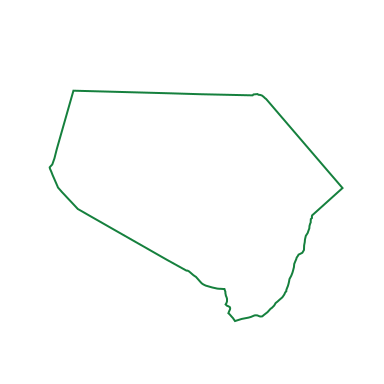 Budalangi, Western, Kenya (Robinson projection), rotated 106°
{"feature_id": "3690345B63864240127702", "entity_name": "Budalangi", "entity_type": "district", "adm_level": 2, "iso_a3": "KEN", "parent_name": "Kenya", "parent_adm1": "Western", "projection": "robinson", "projection_center": [34.038, 0.077], "detail": "fine", "context": "isolated", "style": "outline", "palette": "green", "viewbox_px": 384, "rotation_deg": 106, "n_neighbors": 0, "source": "geoboundaries", "source_scale": "gbopen_adm2", "svg_char_len": 1774}
<svg xmlns="http://www.w3.org/2000/svg" viewBox="0 0 384 384"><g transform="rotate(106 192 192)"><path d="M304.2,115.1L300.3,109.2L297.2,103.1L295.9,101.0L293.4,97.9L292.9,96.6L292.6,95.1L292.8,93.7L292.9,92.2L292.5,91.0L292.1,90.1L290.8,89.3L286.7,86.3L282.6,84.3L281.4,83.3L278.5,81.7L275.7,81.0L273.6,79.5L271.8,78.4L270.1,77.3L269.1,76.6L268.0,76.0L266.5,75.5L265.0,75.0L263.9,74.9L262.7,74.7L261.5,74.0L260.5,74.3L258.6,74.2L255.9,73.9L253.9,73.9L251.5,74.0L248.8,74.3L245.1,73.5L241.8,73.2L239.7,73.2L236.1,73.3L233.0,73.9L230.2,73.6L227.9,73.3L226.2,73.3L224.2,72.6L222.8,72.3L221.5,70.8L220.0,69.2L218.1,68.7L216.8,68.4L212.4,69.5L209.1,69.8L206.6,70.3L202.8,70.5L199.5,69.5L197.2,69.4L194.6,69.2L192.3,69.7L190.0,69.7L188.5,69.5L187.1,69.9L185.3,70.3L183.9,69.5L182.6,70.0L181.4,70.1L146.7,48.4L133.5,68.5L93.9,128.6L83.2,144.8L82.1,146.5L81.7,147.7L81.1,148.7L80.0,151.2L79.9,153.1L80.2,155.0L79.8,156.0L81.3,159.8L82.4,160.4L95.8,211.3L102.9,239.2L119.5,303.7L127.3,333.9L188.2,333.8L197.6,333.5L204.1,333.9L205.6,334.7L207.5,335.6L208.7,335.0L210.0,333.9L211.2,332.9L212.5,331.9L214.1,330.7L221.6,324.5L222.6,323.7L223.4,323.0L224.6,322.1L227.9,317.0L232.5,309.3L239.8,297.1L242.4,286.5L249.1,259.0L264.1,197.4L269.1,175.7L268.8,174.7L269.1,173.1L269.9,171.3L271.4,168.1L272.0,166.5L272.5,164.8L276.2,159.0L277.1,157.5L277.6,156.1L278.0,154.2L278.2,152.9L278.2,149.7L278.2,147.9L278.2,146.2L278.0,143.1L277.9,141.2L277.6,139.5L277.1,137.5L276.7,135.6L276.3,134.1L278.9,132.3L279.9,132.1L281.2,131.4L282.4,130.8L283.6,129.8L285.0,128.9L287.5,128.2L289.3,128.3L290.8,128.7L291.7,127.0L291.8,125.6L292.2,124.0L293.1,123.3L294.3,123.1L296.2,123.4L298.5,123.6L299.1,122.3L301.1,119.2L301.9,117.9L304.2,115.1Z" fill="none" stroke="#15803d" stroke-width="2"/></g></svg>